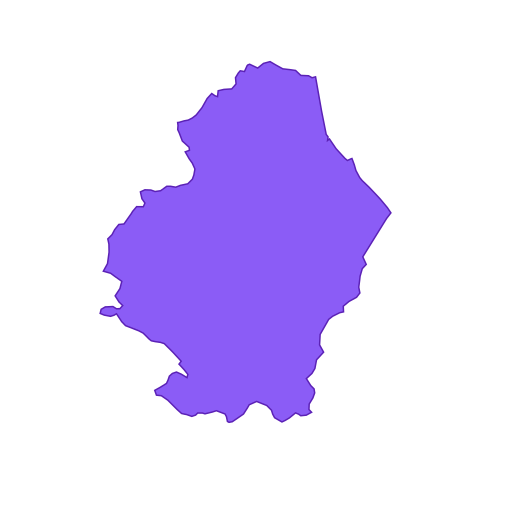 outline of Kofinou, Larnaca, Cyprus, rotated 45°
{"feature_id": "46923920B74621954972272", "entity_name": "Kofinou", "entity_type": "district", "adm_level": 2, "iso_a3": "CYP", "parent_name": "Cyprus", "parent_adm1": "Larnaca", "projection": "orthographic", "projection_center": [33.399, 34.838], "detail": "fine", "context": "isolated", "style": "filled", "palette": "violet", "viewbox_px": 512, "rotation_deg": 45, "n_neighbors": 0, "source": "geoboundaries", "source_scale": "gbopen_adm2", "svg_char_len": 2601}
<svg xmlns="http://www.w3.org/2000/svg" viewBox="0 0 512 512"><g transform="rotate(45 256 256)"><path d="M106.2,217.0L108.6,218.9L111.3,222.0L114.6,223.2L122.6,226.8L131.8,226.4L134.2,228.3L132.3,232.4L140.0,234.5L145.3,235.4L151.1,237.6L151.6,238.1L154.8,242.7L156.7,246.7L156.7,253.2L152.6,259.5L150.6,264.1L146.3,267.1L143.6,269.8L142.4,277.3L139.0,281.8L135.0,283.7L130.6,287.8L128.9,292.4L134.9,296.2L140.0,297.1L141.5,300.8L136.7,305.5L137.2,311.6L137.9,314.5L138.3,316.9L140.0,326.7L136.7,330.7L137.4,337.2L139.1,342.7L139.1,348.7L143.6,351.6L149.4,357.2L156.4,366.4L158.3,373.0L158.8,374.7L165.4,371.0L170.8,370.2L179.0,368.8L182.8,375.2L184.6,383.8L191.8,385.4L196.8,385.3L197.0,389.5L194.6,392.0L190.6,392.9L185.4,398.6L184.2,403.2L186.4,406.8L190.5,405.1L195.8,401.5L197.5,398.2L198.2,395.5L207.5,397.4L213.0,397.5L216.8,395.8L226.2,391.7L230.8,390.3L239.1,390.3L241.9,390.0L245.3,387.8L249.4,384.7L253.1,382.8L258.2,382.8L265.1,382.8L277.5,383.3L278.0,386.9L285.4,387.2L291.5,387.9L293.2,390.8L286.7,392.4L281.8,394.3L279.9,398.2L279.7,402.2L281.6,406.1L282.8,409.4L281.1,416.7L279.4,422.6L284.0,424.8L287.9,421.7L295.6,420.3L305.2,420.3L308.9,420.3L314.7,420.0L317.1,418.5L319.0,417.2L324.0,414.8L325.8,411.2L325.8,408.3L329.2,404.9L331.5,403.7L335.4,397.3L337.4,393.4L345.8,389.6L348.7,390.5L352.8,393.2L354.5,392.7L356.4,390.0L357.4,384.8L358.9,376.6L357.4,369.7L356.4,366.0L359.3,358.4L369.3,354.1L376.0,354.1L379.6,356.0L383.5,357.2L391.7,355.0L392.9,351.6L394.1,346.9L394.9,339.0L398.0,337.7L400.6,337.3L403.6,333.6L404.1,333.0L405.8,327.2L402.0,327.1L398.3,323.1L396.6,316.2L394.3,311.3L391.0,308.9L386.3,308.9L378.3,307.1L378.6,299.5L377.2,293.9L372.2,286.6L371.8,276.2L363.8,273.9L356.8,266.1L353.1,252.6L352.2,249.5L352.8,244.4L353.8,241.4L355.3,236.9L357.4,233.6L353.2,229.8L353.9,222.3L356.3,214.1L355.6,208.7L350.7,205.4L346.7,200.2L343.9,196.7L340.1,189.8L339.9,184.0L332.1,181.1L321.8,137.1L320.9,130.1L314.7,128.9L303.7,127.9L298.4,127.7L287.3,127.4L277.8,127.6L273.8,127.2L266.2,124.9L261.0,122.0L254.9,119.2L254.5,120.0L253.1,123.8L249.8,124.1L236.7,123.5L225.2,121.3L224.9,123.7L222.7,120.8L219.7,120.4L199.8,107.1L171.4,87.2L169.6,90.3L165.7,91.4L160.0,96.6L152.8,96.8L148.4,100.1L142.6,104.7L135.0,106.9L128.5,108.6L125.1,114.5L124.3,121.9L115.9,124.9L115.1,126.7L115.1,127.6L117.4,133.7L113.9,136.2L114.1,139.1L115.4,144.4L120.2,148.4L120.7,155.0L115.5,160.9L112.4,165.9L116.1,170.5L113.7,171.7L109.8,172.4L110.1,179.2L112.9,189.2L114.0,198.5L113.4,203.4L112.0,207.8L109.6,211.3L107.1,215.9L106.2,217.0Z" fill="#8b5cf6" stroke="#5b21b6" stroke-width="1.5"/></g></svg>